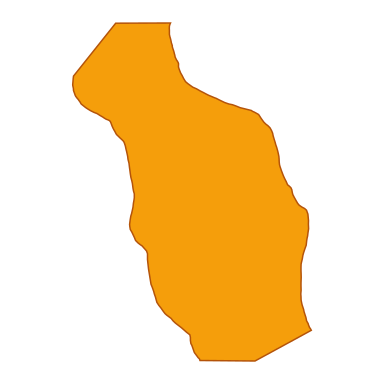 North Miladhunmadulu, Maldives (Robinson projection)
{"feature_id": "70690204B13524442343529", "entity_name": "North Miladhunmadulu", "entity_type": "district", "adm_level": 2, "iso_a3": "MDV", "parent_name": "Maldives", "parent_adm1": "", "projection": "robinson", "projection_center": [73.105, 6.23], "detail": "fine", "context": "isolated", "style": "filled", "palette": "amber", "viewbox_px": 384, "rotation_deg": 0, "n_neighbors": 0, "source": "geoboundaries", "source_scale": "gbopen_adm2", "svg_char_len": 3115}
<svg xmlns="http://www.w3.org/2000/svg" viewBox="0 0 384 384"><path d="M73.5,76.1L73.4,77.0L73.2,78.5L73.1,79.9L72.9,82.4L72.7,84.6L72.8,85.7L73.1,87.1L73.4,88.6L73.5,90.5L74.5,93.3L75.2,95.3L75.7,96.3L77.2,98.3L78.2,99.4L79.0,100.6L79.9,101.8L81.1,103.9L81.8,104.5L84.8,106.9L85.4,107.4L87.8,109.0L90.6,110.7L94.0,112.4L97.1,113.6L99.9,115.4L102.7,117.0L104.3,118.1L106.1,119.2L107.8,119.8L109.3,120.5L110.3,121.5L111.0,123.1L111.6,124.7L112.2,126.3L113.2,128.5L114.0,130.0L114.9,131.5L115.7,133.1L116.5,134.5L120.1,138.0L121.6,139.4L123.1,140.8L124.1,142.3L125.3,145.8L126.0,149.1L126.6,151.5L127.2,154.2L127.7,156.6L128.0,159.3L129.0,163.3L129.5,167.6L130.0,171.2L130.3,173.6L130.9,177.4L131.9,181.2L132.4,183.6L133.0,188.3L133.5,191.0L134.3,193.8L134.3,197.7L134.0,200.0L133.4,203.3L133.0,207.1L132.3,210.4L131.6,213.5L130.8,216.1L130.2,219.7L129.6,224.4L129.8,226.5L130.3,229.5L131.8,232.0L134.4,237.5L135.5,240.3L135.9,240.8L138.2,243.1L140.3,244.7L142.1,245.9L146.5,250.9L147.5,253.7L147.5,259.6L148.5,268.8L151.0,284.2L152.3,287.4L153.7,291.4L154.4,294.1L155.4,296.9L156.2,299.9L156.9,302.4L158.8,305.3L161.1,308.2L163.4,311.5L165.1,313.7L166.8,315.2L171.1,318.4L173.1,320.9L175.3,323.0L178.4,325.4L181.4,327.7L183.9,329.9L186.5,332.2L188.6,333.8L189.9,334.9L190.4,337.4L190.4,340.4L190.9,343.6L191.8,345.2L192.9,348.3L193.6,350.4L194.4,352.6L196.8,355.8L198.1,357.6L199.4,358.8L200.0,360.5L255.0,361.0L311.3,330.3L310.4,328.6L309.5,327.4L308.5,324.9L308.1,323.5L306.6,320.9L305.9,317.4L305.0,314.7L304.0,311.5L303.6,309.4L302.7,306.7L302.0,304.5L301.5,302.1L301.1,300.1L301.0,296.6L300.8,294.0L301.1,290.3L301.0,285.8L301.0,282.9L301.1,279.9L301.2,277.3L301.1,273.6L301.0,270.8L301.0,268.7L301.0,267.3L301.1,264.1L301.6,261.8L302.3,258.9L302.9,255.3L303.7,252.4L305.0,248.5L306.2,245.2L306.7,240.5L307.1,238.1L307.6,236.0L308.0,232.6L308.6,228.8L308.4,224.2L308.5,220.6L308.2,217.3L307.9,214.1L306.5,210.2L304.6,208.5L301.8,207.0L299.2,205.2L297.7,203.4L296.0,200.5L294.1,197.1L292.8,194.5L292.3,192.5L291.8,189.7L290.9,187.7L288.9,185.8L287.6,184.8L286.2,181.6L284.8,178.9L283.6,176.3L282.6,173.8L281.4,170.6L280.0,166.5L279.5,164.6L279.2,161.8L279.1,159.0L278.9,156.6L278.4,154.0L277.7,151.0L276.6,147.1L275.8,144.9L275.2,142.6L273.9,138.4L273.1,135.6L272.6,133.1L271.5,130.5L270.0,127.8L267.8,125.6L265.8,124.1L263.8,122.1L262.2,119.9L261.0,118.2L259.8,116.3L258.6,114.5L256.5,113.3L253.9,111.9L252.6,111.4L251.4,110.5L249.5,110.0L246.7,109.3L243.9,108.6L240.2,107.7L236.0,106.0L232.4,104.7L228.9,104.0L224.6,102.5L219.6,100.1L216.1,98.3L214.4,97.7L211.1,96.3L208.9,95.4L206.5,94.2L203.3,92.5L200.3,91.0L196.5,88.8L192.8,87.2L187.8,83.6L185.5,81.6L183.6,78.5L182.1,75.5L180.6,72.9L179.7,70.6L178.9,68.4L178.5,67.0L178.5,66.1L178.5,64.6L178.6,64.0L178.2,62.7L177.4,61.2L176.5,59.9L175.4,57.6L175.2,57.3L174.8,55.2L174.6,54.5L174.3,53.4L174.1,52.5L173.5,50.4L172.9,48.7L172.3,46.7L172.3,45.6L171.6,43.5L171.4,43.0L171.1,41.4L170.6,39.1L169.9,36.7L169.4,34.4L169.4,32.4L169.4,30.1L169.3,28.6L169.4,26.2L169.9,24.4L170.5,23.0L115.7,23.2L73.5,76.1Z" fill="#f59e0b" stroke="#b45309" stroke-width="1.5"/></svg>